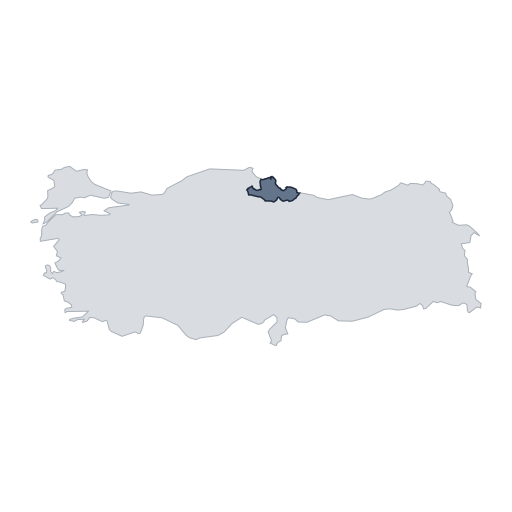 where Samsun sits in Turkey
{"feature_id": "TUR-2296", "entity_name": "Samsun", "entity_type": "Province", "adm_level": 1, "iso_a3": "TUR", "parent_name": "Turkey", "parent_adm1": "", "projection": "robinson", "projection_center": [35.998, 41.292], "detail": "fine", "context": "in_parent", "style": "filled", "palette": "slate", "viewbox_px": 512, "rotation_deg": 0, "n_neighbors": 0, "source": "natural_earth", "source_scale": "10m", "svg_char_len": 5664}
<svg xmlns="http://www.w3.org/2000/svg" viewBox="0 0 512 512"><path d="M400.7,182.8L408.0,185.2L410.4,183.4L417.0,183.7L423.0,185.0L426.1,181.1L430.3,181.5L431.2,183.5L433.2,184.2L439.5,189.3L438.8,190.0L440.4,191.9L445.7,193.1L446.3,195.7L450.6,199.5L452.9,205.5L451.8,209.6L449.5,212.3L453.1,221.2L452.2,222.4L458.7,225.3L466.8,224.8L469.5,226.1L477.5,233.3L479.6,236.0L474.1,232.6L471.1,235.5L469.8,242.6L461.2,243.8L462.6,248.4L465.0,250.5L464.4,254.8L465.0,256.6L467.5,259.4L467.3,263.3L468.4,267.4L468.5,272.3L472.2,273.8L470.6,276.1L466.9,286.0L467.2,286.8L469.9,287.0L476.0,291.7L475.0,293.2L475.9,299.6L481.3,303.7L480.5,305.8L480.7,308.0L476.9,307.0L469.4,312.7L468.5,312.5L467.4,310.6L467.0,304.9L465.1,303.4L462.7,303.1L458.6,305.6L454.8,305.5L451.0,305.0L440.8,301.5L437.2,302.7L433.3,301.4L425.9,308.4L423.6,308.9L422.5,305.5L419.8,303.5L416.5,306.1L403.6,309.5L397.7,310.1L390.4,308.9L384.4,309.3L368.1,317.1L352.5,321.2L338.5,320.9L330.7,316.0L324.7,314.9L306.8,322.3L298.0,322.0L295.0,319.0L288.3,317.7L286.8,320.6L285.4,327.6L287.8,334.0L284.0,334.4L281.6,335.8L280.9,340.7L277.5,342.5L276.3,345.5L275.7,345.6L270.1,343.1L271.6,340.8L268.1,331.9L269.8,329.1L277.1,321.8L276.9,317.6L273.8,314.6L264.6,320.0L263.7,322.0L261.6,323.6L258.2,324.3L241.8,317.3L232.2,323.4L223.9,332.3L217.7,335.5L199.4,338.0L196.2,339.7L190.0,337.9L186.3,335.5L177.9,325.4L162.1,317.8L145.3,315.9L143.8,317.9L143.1,325.7L140.3,333.0L138.8,333.8L135.2,331.9L122.1,336.3L111.2,331.4L109.3,329.4L107.0,320.9L105.4,320.2L103.6,321.4L101.7,321.4L93.9,317.7L89.7,317.5L87.0,321.1L82.7,322.5L82.6,321.5L84.4,319.2L77.7,319.6L74.1,321.4L69.4,320.3L69.7,319.3L73.6,318.2L82.6,316.9L88.4,311.2L67.1,311.5L65.1,312.7L64.8,309.8L66.1,308.4L71.7,307.4L71.4,304.9L68.1,302.3L64.4,300.9L62.9,294.7L61.1,293.2L61.3,292.3L64.8,291.2L65.7,286.7L65.3,284.0L58.5,281.6L57.0,281.8L55.4,279.4L52.5,277.7L50.1,279.1L43.3,275.4L44.7,272.8L46.4,272.8L46.8,270.7L45.5,267.2L45.7,265.5L47.2,265.0L48.9,265.3L50.6,267.4L50.6,271.4L52.4,273.7L53.8,271.4L56.9,272.7L62.5,271.4L63.6,270.4L59.5,270.5L58.1,269.5L54.9,263.0L58.4,261.1L61.0,257.9L56.4,255.8L57.4,251.4L53.6,246.3L59.2,239.8L58.9,238.9L57.2,238.5L40.4,241.3L40.2,238.4L41.6,235.8L41.7,229.6L42.5,226.3L45.7,225.3L49.7,220.4L56.1,214.6L62.5,214.7L65.1,213.1L68.9,213.0L69.9,215.3L73.2,216.9L79.1,216.6L82.0,215.1L79.4,212.3L82.8,211.4L85.4,212.1L83.9,215.2L84.7,215.5L92.3,214.5L100.3,215.3L109.1,214.9L110.3,213.9L104.1,210.8L108.2,208.0L110.4,207.5L129.0,205.0L129.1,204.4L117.8,203.0L112.1,199.3L110.6,197.3L111.9,192.5L113.2,191.2L117.2,191.0L131.0,193.2L141.0,191.9L151.7,195.1L162.1,194.5L164.3,193.0L167.0,188.4L181.7,180.8L186.9,176.8L209.7,168.9L243.7,170.3L249.6,167.3L253.1,168.3L252.1,170.3L252.3,172.2L256.3,176.8L262.4,179.5L270.8,177.2L273.8,178.1L276.8,185.4L282.1,189.7L284.5,190.1L287.7,187.5L290.7,187.2L295.7,189.7L297.5,192.3L313.8,195.3L317.2,197.5L328.2,199.7L352.4,194.5L361.4,198.0L368.9,199.1L372.1,198.6L381.8,194.5L384.8,192.1L390.9,190.1L398.5,185.5L400.7,182.8ZM87.5,169.9L86.8,173.2L88.1,176.8L91.4,181.7L94.7,184.3L111.0,191.0L108.5,197.3L104.4,198.3L90.3,195.2L84.4,197.8L80.3,197.1L74.5,198.3L72.7,202.1L68.6,206.4L57.0,211.8L46.2,222.5L43.1,223.8L44.6,220.2L44.6,217.0L49.3,213.3L55.8,210.5L57.6,208.2L41.5,208.6L40.1,205.3L41.8,204.6L47.2,198.8L47.9,196.5L47.6,190.7L54.1,187.4L54.6,186.1L53.9,180.4L48.0,177.1L48.2,175.5L52.5,174.0L55.1,170.1L61.4,169.3L64.4,167.4L69.8,166.4L76.4,171.3L84.4,169.4L87.5,169.9ZM37.8,222.1L32.3,223.0L30.7,222.1L32.5,220.4L36.7,219.2L38.0,220.9L37.8,222.1Z" fill="#d9dde1" stroke="#a8b0b8" stroke-width="1"/><path d="M261.0,179.3L261.7,179.5L262.8,179.6L263.8,179.5L264.3,179.3L265.2,178.8L266.6,178.6L269.1,177.6L269.6,177.6L270.2,177.4L271.1,176.7L271.6,176.6L271.6,176.8L271.4,177.1L271.2,177.3L271.0,177.8L270.6,178.7L270.7,179.1L270.8,179.1L270.9,178.4L271.1,177.8L271.4,177.3L271.8,177.0L272.0,176.8L273.5,177.9L273.5,177.6L275.4,179.7L275.8,180.5L275.8,181.6L275.7,181.9L275.5,182.4L275.4,182.5L275.4,183.5L275.5,183.9L275.8,184.4L276.8,185.6L277.4,186.0L278.1,187.3L278.5,187.6L279.7,188.2L280.4,188.3L280.5,188.5L280.6,189.0L280.6,189.3L280.8,189.5L281.1,189.5L281.4,189.6L281.5,189.8L281.7,190.1L281.8,190.2L282.1,190.3L282.5,190.4L282.7,190.5L283.1,190.7L283.7,190.6L284.7,190.0L285.9,189.0L286.1,188.8L286.2,188.5L286.5,188.0L286.6,187.8L286.6,187.7L286.8,187.1L286.7,187.1L287.1,186.8L287.4,186.9L287.8,187.0L288.3,187.1L290.3,187.1L292.1,187.5L295.6,189.1L296.3,189.7L296.7,190.6L296.7,191.9L296.8,192.4L297.2,192.6L297.7,192.7L298.6,193.2L299.1,193.4L299.5,193.3L299.4,193.5L298.2,195.1L296.9,196.3L295.9,198.1L294.1,199.1L293.2,200.0L292.8,200.3L292.0,200.7L291.0,201.0L290.0,201.1L289.6,201.3L289.1,201.4L288.7,200.8L287.9,200.2L286.6,200.2L286.3,200.3L285.5,200.6L283.0,201.2L280.5,199.5L280.1,198.9L279.8,198.3L279.1,197.6L278.3,197.3L277.4,197.9L277.0,199.2L276.2,200.3L275.2,201.0L274.4,201.7L273.4,201.9L271.5,201.1L268.5,201.0L267.6,200.9L265.8,201.0L265.0,200.8L264.2,199.5L260.8,197.1L260.1,196.7L258.7,196.9L251.4,195.1L250.5,194.8L248.8,195.0L248.4,194.0L248.2,192.9L248.0,191.8L246.8,189.8L247.1,189.6L247.7,189.3L248.0,189.0L247.9,188.5L248.1,188.2L248.3,188.1L248.9,188.1L249.2,188.0L249.9,187.3L251.2,186.9L251.8,186.6L252.0,186.1L252.3,186.4L252.5,186.8L252.6,187.3L252.6,187.8L252.8,188.1L253.2,188.3L253.9,188.7L253.7,189.0L253.9,189.2L254.9,189.3L255.1,189.4L255.5,189.8L256.3,190.2L257.3,190.3L258.3,190.1L259.0,189.7L259.5,189.5L260.7,189.8L261.1,189.4L260.9,187.7L260.8,186.9L260.5,186.3L260.3,185.7L260.4,184.8L260.4,184.0L260.0,182.6L260.1,181.2L261.0,179.3L261.0,179.3Z" fill="#64748b" stroke="#1e293b" stroke-width="1.5"/></svg>